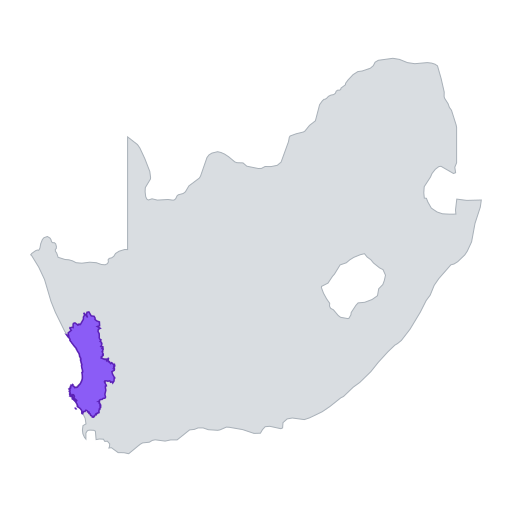 location of West Coast, Western Cape, South Africa
{"feature_id": "47623444B37444115609272", "entity_name": "West Coast", "entity_type": "district", "adm_level": 2, "iso_a3": "ZAF", "parent_name": "South Africa", "parent_adm1": "Western Cape", "projection": "mercator", "projection_center": [18.155, -32.059], "detail": "fine", "context": "in_parent", "style": "filled", "palette": "violet", "viewbox_px": 512, "rotation_deg": 0, "n_neighbors": 0, "source": "geoboundaries", "source_scale": "gbopen_adm2", "svg_char_len": 9133}
<svg xmlns="http://www.w3.org/2000/svg" viewBox="0 0 512 512"><path d="M378.3,60.3L392.9,58.3L399.5,59.4L407.4,62.6L414.8,63.7L427.3,62.6L431.6,63.1L435.0,64.2L437.5,65.9L441.1,78.5L444.2,92.0L444.1,96.4L444.5,98.1L448.1,103.8L449.4,107.4L451.5,110.3L456.1,124.9L456.6,127.4L456.6,162.8L454.8,167.2L455.6,172.7L453.5,173.5L441.0,166.3L438.8,166.6L435.3,169.3L432.0,173.5L430.5,177.0L424.2,186.7L423.8,192.8L424.3,198.1L426.4,198.3L427.9,202.1L431.3,208.1L437.1,212.0L442.5,213.8L449.9,214.2L455.9,214.1L455.5,210.0L456.8,199.1L466.7,200.4L481.3,200.0L480.3,207.1L475.0,223.4L471.6,241.8L467.3,251.1L464.8,254.9L457.7,261.7L454.0,264.0L450.9,264.8L438.8,278.6L434.2,285.3L430.2,295.1L426.2,300.5L420.4,312.0L410.1,329.1L401.4,340.4L397.5,343.6L394.9,345.1L388.0,351.7L378.3,362.3L370.8,371.7L359.7,382.5L353.2,387.2L343.5,396.5L340.8,397.8L329.9,406.5L322.1,411.8L309.4,417.9L304.3,419.6L292.3,418.0L287.2,418.9L283.0,422.6L282.6,427.9L280.9,428.7L269.8,426.3L265.2,426.7L262.5,429.6L260.4,433.2L254.0,433.4L242.7,429.6L229.4,427.3L226.4,427.1L219.9,429.9L217.7,430.3L208.3,429.7L203.1,427.9L198.1,427.9L194.3,429.4L189.6,429.9L177.1,439.9L170.7,439.9L165.1,441.1L155.2,439.8L152.3,440.4L149.3,442.2L142.6,442.9L140.0,444.4L128.7,453.7L124.0,452.7L118.1,452.6L111.4,447.7L108.9,448.0L109.5,446.5L109.7,443.9L107.4,441.2L104.8,441.4L103.4,439.2L99.4,439.0L96.1,439.6L95.4,431.2L93.9,430.3L89.9,430.1L87.9,430.4L87.0,431.2L85.9,433.1L85.9,439.1L84.5,437.4L82.9,433.8L82.4,430.0L83.0,425.6L86.0,423.9L85.1,418.2L80.4,408.5L77.6,406.5L75.3,401.5L73.1,399.7L72.1,396.2L69.9,393.4L69.2,389.1L70.4,386.6L72.3,385.2L74.3,387.4L76.7,386.5L80.1,383.4L82.2,378.6L82.3,370.9L81.8,366.2L79.0,353.9L77.8,351.1L71.6,342.3L64.4,330.7L55.4,312.4L51.0,301.4L44.5,279.4L38.7,267.1L31.6,255.5L30.7,254.8L31.8,253.4L35.6,250.7L37.4,250.0L38.3,250.4L39.2,249.6L40.0,247.8L40.7,243.8L42.4,239.5L44.0,237.7L47.4,236.5L50.0,238.1L51.0,239.7L51.5,241.7L52.6,242.7L54.4,242.7L55.7,243.9L56.4,246.6L56.3,248.4L55.3,249.6L55.4,251.2L56.7,253.1L58.1,257.3L65.0,259.5L68.9,259.8L72.6,260.9L76.1,262.7L81.8,263.2L89.7,262.2L96.3,262.7L101.4,264.5L105.1,264.8L107.4,263.7L108.4,262.0L108.1,259.8L109.2,258.4L111.8,257.8L113.9,256.2L115.5,253.5L119.1,251.2L124.7,249.5L127.6,249.6L127.6,136.9L137.5,144.6L139.9,148.1L144.8,158.6L149.8,171.5L150.6,177.7L150.4,179.1L145.3,187.6L145.1,191.8L145.7,196.7L146.9,199.2L148.4,200.0L152.0,198.8L157.4,200.1L168.0,199.5L173.2,200.2L174.5,199.8L175.7,198.7L177.1,195.8L178.3,194.8L183.2,193.5L185.4,191.8L188.9,185.9L199.3,178.1L200.5,176.2L207.0,157.5L209.0,154.9L211.9,153.1L217.6,151.7L221.0,152.5L224.6,154.1L228.7,156.8L234.8,161.9L236.9,162.7L243.0,162.9L246.8,166.2L258.2,168.5L261.5,168.4L265.1,166.5L271.0,166.6L277.3,165.3L281.1,162.1L288.5,141.7L289.3,137.3L290.1,136.0L296.1,133.8L303.4,132.0L304.9,131.1L309.5,125.4L315.4,120.8L319.6,104.7L322.3,100.9L324.0,99.3L325.0,99.3L326.6,98.3L328.5,96.3L330.9,95.1L333.6,94.6L335.4,93.3L336.2,91.2L337.6,90.2L339.6,90.2L340.7,89.5L341.0,88.1L345.5,84.7L345.6,83.3L348.1,79.9L353.1,74.6L357.8,71.6L362.2,71.0L370.4,68.2L373.3,65.7L375.1,62.2L378.3,60.3ZM364.7,302.3L372.1,299.5L377.5,295.7L378.7,288.8L382.8,284.6L384.3,280.6L385.5,275.2L383.0,269.6L379.6,267.9L373.5,263.0L370.8,259.7L367.1,257.0L364.5,253.7L360.3,254.7L353.7,257.4L349.7,259.9L346.3,262.8L340.1,264.9L334.4,274.2L332.5,276.3L328.0,283.1L321.5,286.4L321.4,287.6L323.5,293.2L326.5,298.7L329.7,303.3L329.5,306.1L330.6,308.3L333.4,309.8L338.2,315.5L340.6,317.3L347.9,318.6L348.9,318.3L350.9,314.9L351.2,312.5L356.0,305.2L358.1,302.9L364.7,302.3Z" fill="#d9dde1" stroke="#a8b0b8" stroke-width="1"/><path d="M114.0,381.0L114.2,378.4L114.8,378.0L114.6,377.5L114.3,377.6L113.4,375.7L112.5,374.1L111.9,371.6L114.2,370.4L114.2,370.1L114.0,369.8L114.3,369.4L114.2,369.0L114.4,368.9L114.2,368.6L114.4,368.0L114.0,367.5L113.8,367.6L113.9,367.4L113.7,366.9L114.1,366.4L114.6,366.3L114.8,365.9L114.6,365.0L114.1,366.1L113.9,365.9L114.0,364.7L113.5,364.6L112.4,363.2L111.5,362.7L111.1,363.4L110.6,363.6L110.4,363.1L109.7,362.6L109.5,361.7L108.6,361.1L108.3,361.6L107.9,361.1L108.3,359.7L108.6,357.8L106.5,360.5L106.2,359.1L105.4,359.3L105.0,359.0L104.6,359.4L104.3,359.2L103.9,359.2L103.7,358.9L103.0,358.8L102.3,358.3L101.4,358.2L101.6,357.7L101.6,357.3L101.4,357.2L101.6,357.0L101.5,356.8L102.0,356.7L102.3,356.1L102.8,355.8L102.9,355.6L103.1,355.5L103.0,355.3L102.8,355.4L102.8,355.2L102.5,355.1L102.5,354.7L102.9,354.4L103.2,354.5L103.3,354.1L102.5,352.7L102.2,351.6L102.7,351.5L102.8,350.7L102.6,350.1L103.2,349.2L103.0,348.4L102.1,348.4L103.0,347.0L102.5,346.7L101.8,346.7L101.3,346.3L101.0,346.6L100.8,346.5L101.2,346.1L101.4,345.5L101.7,344.9L101.9,343.7L101.5,343.4L101.6,342.9L101.5,342.5L101.0,341.9L100.1,341.4L101.0,339.9L99.8,339.2L99.2,337.7L99.3,336.3L99.2,333.7L98.0,331.4L98.3,329.4L100.3,328.3L97.3,326.5L99.6,325.8L99.4,321.9L96.9,321.0L95.0,319.5L95.1,318.1L94.1,316.3L91.2,315.9L88.9,311.9L87.0,312.3L86.5,314.8L87.6,317.5L85.4,314.5L83.7,312.8L84.6,315.0L83.4,317.0L83.4,319.2L80.5,324.3L80.2,324.6L79.1,324.0L78.6,324.2L78.9,324.7L78.5,324.8L77.9,325.2L75.5,323.2L74.9,322.9L73.4,323.4L73.1,324.3L73.1,327.5L72.5,327.3L71.5,327.4L70.9,327.7L70.0,327.6L69.9,328.4L71.3,330.4L70.4,331.0L70.2,331.4L69.9,331.4L68.1,333.0L68.7,335.7L67.1,335.1L66.6,334.9L68.3,337.2L68.9,337.6L69.5,338.3L70.0,339.2L70.1,339.7L69.9,339.9L69.9,340.3L70.5,341.1L70.5,341.3L71.3,342.1L71.9,343.1L72.8,344.1L73.5,345.2L74.2,345.9L74.4,346.4L75.1,347.0L76.2,348.3L76.5,348.8L76.4,349.3L76.8,349.7L77.4,351.1L79.4,354.0L79.4,354.3L79.3,354.5L79.7,356.2L79.6,356.3L80.5,357.7L80.9,358.9L80.9,359.2L80.7,359.4L80.8,359.9L80.5,360.1L80.5,360.3L81.1,361.7L81.0,362.0L81.3,362.6L81.3,362.9L81.9,364.5L81.9,364.9L81.5,365.2L81.6,365.6L81.5,365.9L81.8,367.4L81.8,367.9L82.2,368.8L82.7,371.3L82.5,372.4L81.9,372.5L82.3,374.8L82.4,376.5L82.4,378.2L82.2,379.5L81.3,381.9L80.0,384.2L78.7,385.4L77.7,386.8L77.1,387.3L76.3,387.5L75.4,387.4L74.8,387.7L74.4,387.1L73.7,386.5L73.6,386.3L73.7,386.2L72.7,385.7L72.7,385.4L72.8,385.0L72.5,385.1L72.4,384.9L72.2,385.4L71.9,385.6L71.6,385.6L71.6,385.4L71.4,385.6L71.1,385.4L71.1,385.8L70.4,386.3L70.4,386.5L70.7,387.1L70.7,387.7L70.6,388.2L70.3,388.4L70.1,388.3L70.0,388.6L69.6,388.6L69.4,388.8L69.3,388.7L69.2,388.9L69.0,389.0L69.5,389.5L69.4,389.6L69.6,389.5L69.9,389.8L70.1,390.2L70.0,390.9L69.5,391.1L69.7,391.3L69.3,391.6L69.4,391.8L69.6,391.8L69.9,392.1L70.1,392.4L70.2,393.0L69.9,393.3L70.1,393.4L70.0,393.6L70.1,393.9L69.9,393.9L70.2,394.0L69.7,394.5L69.9,394.9L70.2,394.8L70.6,395.2L70.5,395.6L70.2,395.6L70.4,395.9L70.3,396.0L70.6,396.0L70.8,396.4L71.6,396.0L71.5,395.7L71.8,395.5L72.4,395.8L72.5,396.0L72.3,396.1L72.5,396.2L72.5,395.9L72.3,395.5L72.1,395.6L71.8,395.4L71.9,395.1L71.8,394.9L72.4,394.6L73.2,394.7L72.8,395.8L73.2,395.0L73.6,395.0L74.1,395.5L74.3,396.1L74.4,396.4L74.4,396.9L74.0,397.5L74.2,398.1L74.9,398.9L75.7,399.4L76.0,399.7L75.7,400.1L75.9,400.2L75.7,400.3L75.6,400.1L75.6,400.3L76.1,400.5L76.3,400.8L76.2,400.7L76.3,400.6L76.7,400.6L76.6,401.0L76.2,401.3L75.9,401.4L75.7,401.2L75.7,400.9L75.0,400.5L74.6,400.0L74.6,399.8L74.0,399.4L74.1,398.9L73.6,398.7L73.5,398.0L73.6,397.8L73.4,397.7L72.8,397.8L72.9,397.6L73.4,397.6L73.3,397.4L73.1,397.2L72.5,396.9L72.7,397.7L72.3,398.0L72.1,397.8L72.1,398.1L72.5,398.6L72.6,398.9L72.5,399.0L73.4,399.5L73.7,399.8L74.9,401.0L76.2,402.6L76.9,403.8L77.6,405.3L77.7,405.9L77.3,406.0L77.3,406.3L77.5,406.4L77.7,406.8L79.6,408.0L80.6,409.0L81.7,410.5L81.8,411.0L81.8,411.3L82.2,411.7L81.9,412.2L82.0,412.4L81.8,412.4L81.8,412.7L81.8,413.3L82.1,413.6L82.2,413.4L82.6,413.5L82.6,413.0L83.1,412.7L83.4,411.9L83.8,411.5L85.0,411.5L85.3,411.0L85.8,410.2L86.6,410.4L87.2,410.8L87.6,411.2L87.6,411.9L88.7,411.9L89.1,412.1L89.2,413.0L88.9,413.1L89.0,413.5L89.9,413.9L90.2,413.9L90.5,415.2L90.9,415.6L91.2,415.5L91.7,415.9L92.2,416.5L92.3,417.1L92.6,417.1L92.8,416.9L93.5,417.2L93.9,416.9L93.9,416.5L94.1,416.5L94.2,416.0L94.6,416.0L95.7,414.2L96.2,414.5L96.2,414.0L96.3,414.0L96.3,413.6L96.7,413.4L96.9,413.6L97.7,413.4L97.9,412.8L99.0,412.6L98.8,411.9L99.0,411.8L98.9,411.3L99.0,411.1L98.9,410.8L99.0,410.1L99.4,409.8L99.3,409.6L99.6,409.2L99.5,408.8L99.9,408.8L99.8,408.5L100.0,408.1L100.1,407.8L100.5,407.6L100.4,407.4L100.5,407.2L100.3,407.1L100.5,406.7L100.3,406.5L100.5,406.3L100.1,405.9L100.4,405.6L100.1,405.5L100.1,405.1L100.3,405.0L100.6,405.0L100.6,404.8L100.4,404.7L100.1,404.4L99.9,404.2L100.0,403.8L99.8,403.7L99.7,403.5L99.4,403.4L99.4,403.2L99.2,403.0L99.3,402.8L99.2,402.5L99.5,402.3L99.5,402.0L99.1,401.5L99.2,401.3L98.8,401.3L99.5,400.9L99.5,400.2L100.1,399.7L100.7,399.5L102.1,399.4L103.1,398.4L104.7,398.2L105.4,397.7L105.5,396.7L105.2,395.9L104.9,394.2L105.8,390.4L105.7,389.1L105.4,388.0L105.4,386.1L106.4,385.9L106.3,385.3L104.6,382.4L104.5,381.8L105.0,381.8L104.8,381.2L105.0,380.8L106.2,380.9L106.8,380.8L107.9,381.3L108.4,381.1L109.5,380.8L110.0,381.1L110.5,382.2L110.9,382.0L111.5,381.9L112.2,382.4L112.7,382.5L112.8,382.9L113.1,382.5L113.1,381.9L113.3,381.9L113.7,381.6L114.0,381.0ZM75.3,408.2L75.3,408.4L75.6,408.8L76.0,408.8L75.7,408.3L75.3,408.2Z" fill="#8b5cf6" stroke="#5b21b6" stroke-width="1.5"/></svg>